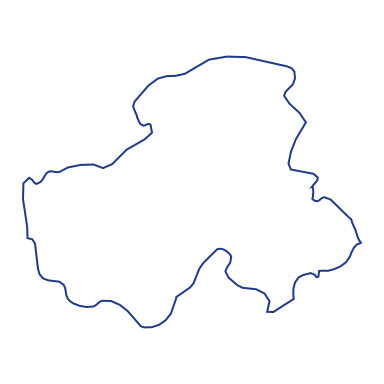 the Metropolitan department of Haute-Savoie
{"feature_id": "FRA-5302", "entity_name": "Haute-Savoie", "entity_type": "Metropolitan department", "adm_level": 1, "iso_a3": "FRA", "parent_name": "France", "parent_adm1": "", "projection": "robinson", "projection_center": [6.477, 46.07], "detail": "fine", "context": "isolated", "style": "outline", "palette": "blue", "viewbox_px": 384, "rotation_deg": 0, "n_neighbors": 0, "source": "natural_earth", "source_scale": "10m", "svg_char_len": 2005}
<svg xmlns="http://www.w3.org/2000/svg" viewBox="0 0 384 384"><path d="M361.0,242.8L356.9,244.5L353.9,247.7L351.7,251.9L349.9,256.6L346.1,262.2L340.4,266.4L334.0,269.2L328.0,270.8L321.0,270.7L319.1,271.0L318.9,272.8L318.6,275.2L318.3,276.7L316.5,277.2L314.9,274.9L313.0,274.0L310.6,273.1L302.9,275.1L298.6,277.4L295.0,282.5L293.5,288.3L293.3,294.5L293.8,298.9L273.3,312.0L267.2,311.8L269.5,301.2L264.5,293.5L255.9,289.2L242.6,287.8L237.4,285.2L228.6,277.7L225.4,271.4L227.2,267.1L230.2,262.8L231.2,256.7L230.4,255.0L229.0,253.3L226.1,250.9L223.2,249.3L220.1,248.7L217.1,249.3L203.1,263.2L199.3,268.8L193.5,283.3L190.0,287.5L176.3,297.0L176.0,298.9L170.9,313.6L165.6,320.3L159.1,324.8L151.8,327.2L144.2,327.4L140.9,326.3L127.7,311.1L119.7,304.8L111.0,301.0L102.0,300.8L99.7,301.9L95.5,305.4L93.2,306.5L86.3,307.0L79.5,305.8L73.3,303.4L70.3,301.4L67.9,298.9L66.4,295.5L65.2,288.3L63.8,285.0L59.5,281.7L48.5,280.4L43.4,278.6L39.6,274.3L38.0,268.9L35.0,243.7L32.3,239.3L27.5,238.1L27.2,227.0L23.0,199.1L23.4,183.3L29.2,177.8L32.3,179.9L34.2,182.6L36.4,184.0L40.6,181.9L42.5,179.6L46.0,173.8L48.4,171.8L51.1,171.3L57.1,172.2L59.9,171.8L61.1,171.0L67.9,167.5L80.7,164.9L93.5,164.5L103.1,168.1L112.2,164.1L126.7,149.6L144.7,139.3L152.0,132.7L150.5,124.6L148.6,123.8L143.8,125.7L140.9,124.4L139.7,122.9L137.0,117.1L136.9,115.7L134.3,109.8L133.8,108.4L133.1,106.3L134.6,101.5L140.6,94.6L148.6,85.4L157.8,78.6L166.4,76.2L175.7,75.8L184.8,73.8L208.8,59.7L226.8,56.6L245.6,57.1L287.5,66.5L291.7,68.3L294.4,71.7L294.7,74.9L295.0,78.4L293.0,84.2L285.6,91.7L284.1,95.8L289.5,103.7L299.5,112.9L305.9,122.4L295.9,139.1L291.0,151.6L288.5,163.6L290.9,169.5L313.4,173.8L317.7,177.4L317.4,180.0L315.4,182.7L313.2,185.1L311.9,186.9L312.7,186.6L313.2,190.0L313.3,193.7L312.9,194.0L313.0,196.7L312.4,198.2L312.6,199.3L315.1,200.9L317.7,201.2L319.9,199.8L321.9,198.0L324.3,197.2L330.7,199.6L349.8,218.3L351.2,219.1L352.2,222.8L355.5,230.1L357.5,236.5L359.0,240.0L361.0,242.8Z" fill="none" stroke="#1e3a8a" stroke-width="2"/></svg>